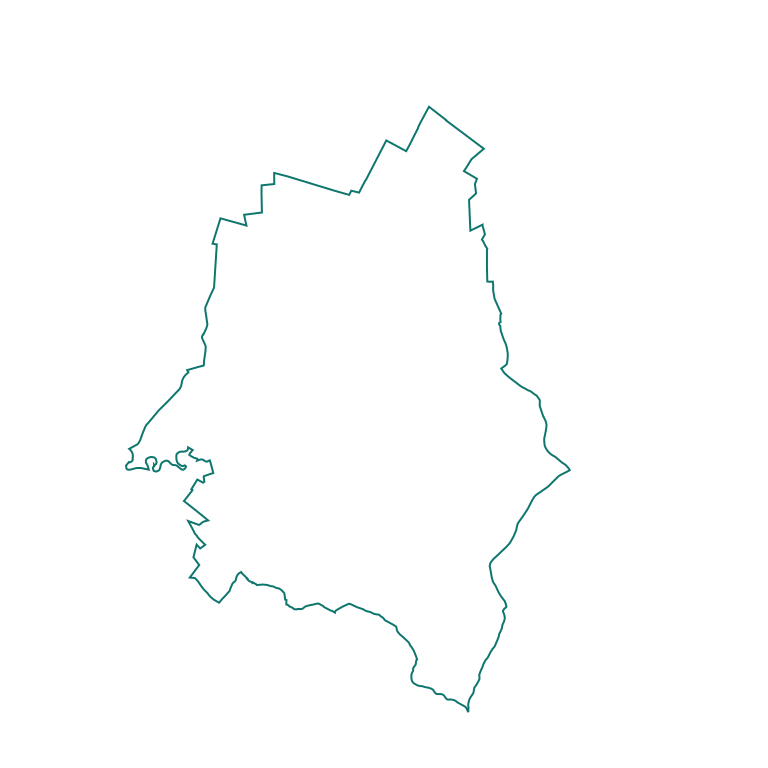 Ozun, Covasna, Romania, rotated 26°
{"feature_id": "2599482B7707207795869", "entity_name": "Ozun", "entity_type": "district", "adm_level": 2, "iso_a3": "ROU", "parent_name": "Romania", "parent_adm1": "Covasna", "projection": "orthographic", "projection_center": [25.876, 45.801], "detail": "fine", "context": "isolated", "style": "outline", "palette": "teal", "viewbox_px": 768, "rotation_deg": 26, "n_neighbors": 0, "source": "geoboundaries", "source_scale": "gbopen_adm2", "svg_char_len": 6153}
<svg xmlns="http://www.w3.org/2000/svg" viewBox="0 0 768 768"><g transform="rotate(26 384 384)"><path d="M603.6,642.0L601.5,637.2L600.6,636.1L599.9,634.3L599.1,630.6L599.0,629.0L599.1,627.5L599.8,622.6L598.3,617.2L598.8,614.7L599.2,609.5L599.1,607.5L599.0,606.9L597.1,603.7L596.7,599.9L596.5,594.4L596.2,592.2L596.3,587.6L597.2,584.5L597.3,578.4L597.7,574.7L598.5,571.4L598.4,569.0L598.0,561.4L597.1,558.0L597.2,556.4L597.1,552.4L596.0,548.2L596.0,545.2L595.6,542.7L595.0,541.1L594.4,540.1L592.5,537.9L591.0,536.7L590.4,535.8L590.4,534.7L590.7,533.1L591.7,531.0L591.6,530.6L591.4,530.1L590.7,529.3L589.7,528.0L588.5,527.1L588.0,526.4L581.8,523.3L577.9,520.7L572.8,516.5L568.9,514.2L565.7,510.7L560.0,502.8L559.0,501.7L558.3,499.6L558.1,497.7L559.1,493.1L560.4,490.0L565.3,477.0L566.6,472.7L566.9,470.8L567.3,463.8L566.9,457.5L565.5,451.9L565.5,449.9L566.7,442.8L567.7,435.5L568.0,432.5L568.1,424.0L568.5,419.5L569.5,416.7L575.9,405.4L577.0,403.0L578.0,399.8L581.3,390.4L582.6,388.3L587.6,381.7L588.7,380.0L587.6,379.2L585.2,378.1L582.4,377.1L577.5,376.4L569.9,374.4L567.3,374.3L565.0,374.0L563.0,373.5L560.0,372.3L557.1,370.4L555.8,369.3L554.6,367.7L552.6,364.3L551.9,362.7L550.0,355.3L548.4,350.4L547.8,349.2L546.0,346.9L542.4,344.0L541.1,343.1L534.4,336.3L533.4,335.2L531.6,331.1L530.8,330.0L528.9,328.9L525.9,327.4L524.0,327.3L520.7,326.6L518.4,326.3L515.6,326.5L513.7,326.3L509.2,326.2L507.2,325.9L493.7,323.2L487.6,321.5L482.6,318.7L485.2,313.7L485.6,312.1L485.1,310.2L483.4,305.6L481.6,301.9L477.8,296.7L475.3,294.1L472.2,291.6L465.8,285.2L463.9,282.4L463.2,281.0L461.8,280.3L461.2,279.8L460.8,279.1L460.8,278.5L461.6,277.2L460.3,275.0L458.6,271.4L458.3,270.5L458.5,269.4L446.0,258.9L441.4,252.5L439.9,249.8L439.0,247.5L437.8,245.8L437.0,244.3L433.4,246.1L431.9,246.6L425.2,233.6L417.7,218.2L417.6,217.2L414.3,215.2L410.5,212.2L408.7,211.3L409.1,205.2L403.0,198.3L402.7,197.6L394.4,208.3L379.7,181.2L383.2,172.4L378.1,164.5L377.6,158.8L362.5,157.6L363.2,152.8L364.1,143.6L370.6,128.8L324.3,119.9L324.3,119.6L302.9,115.1L302.2,132.2L302.1,137.6L302.5,139.3L302.4,140.0L302.2,156.9L301.9,165.0L279.3,164.1L278.3,208.4L278.0,209.5L277.8,215.9L277.7,222.9L269.9,224.6L269.8,229.3L253.4,232.2L206.8,239.6L193.4,242.3L192.8,242.5L197.7,252.4L186.9,259.1L190.4,266.5L199.1,283.4L184.1,293.2L187.2,297.3L190.9,301.9L164.4,306.8L168.4,333.0L170.9,332.4L172.5,331.8L189.0,371.9L189.1,379.9L189.8,393.3L190.2,394.5L191.4,396.6L193.8,399.9L193.9,400.1L199.0,407.7L199.5,409.1L199.9,412.3L200.0,418.7L199.6,418.8L199.6,421.2L200.5,422.6L206.2,427.3L207.6,428.9L209.2,433.0L212.3,442.6L213.9,446.4L210.4,449.4L209.4,450.2L208.7,450.9L201.0,457.8L203.1,459.2L201.6,463.0L201.0,466.0L201.1,469.3L202.6,474.9L202.5,478.0L197.5,493.9L193.1,506.5L189.1,522.7L188.4,524.7L188.2,526.7L188.6,533.5L189.5,541.8L189.2,545.0L189.0,546.0L188.3,547.1L183.4,554.0L185.1,554.5L187.0,555.5L188.8,557.0L190.1,559.4L190.8,561.4L191.3,561.9L191.4,563.0L191.2,564.2L189.9,565.9L189.0,565.9L187.9,570.5L189.6,572.9L190.3,573.2L191.8,573.2L193.7,572.0L198.4,568.0L202.2,566.1L210.1,564.1L207.1,560.8L204.3,558.8L203.7,557.4L203.4,555.5L204.3,553.9L206.4,551.8L208.8,550.9L210.3,550.8L211.6,551.3L212.7,552.4L213.9,554.0L214.2,555.7L214.2,556.0L213.5,557.5L213.1,557.5L212.7,557.3L213.5,558.7L213.1,558.9L213.0,560.2L213.3,561.2L215.1,563.0L216.6,562.9L217.6,562.6L219.6,560.3L219.7,559.7L219.5,557.1L218.7,554.3L218.8,552.6L219.4,551.1L220.7,549.4L221.7,548.4L223.0,548.0L224.1,547.9L227.8,549.2L228.8,549.4L229.7,549.3L232.5,548.3L233.7,548.2L238.0,549.3L239.6,549.5L240.5,549.3L241.3,548.9L241.8,548.1L242.2,547.1L242.4,546.0L242.2,545.1L241.4,544.5L240.6,544.5L239.8,545.5L238.5,546.2L237.3,546.3L235.7,546.1L233.4,545.5L231.6,544.2L230.1,542.1L229.0,539.9L228.4,538.3L228.5,537.4L229.6,535.2L230.6,534.2L231.7,533.4L233.6,532.7L235.6,531.0L236.1,530.2L236.4,529.3L236.2,528.1L235.7,526.8L241.0,527.2L239.9,531.8L240.0,533.0L241.9,533.4L245.6,533.6L248.8,533.0L249.4,533.5L249.6,534.9L251.4,532.9L252.9,531.8L254.8,531.4L257.4,531.8L258.7,531.6L260.9,529.0L263.7,532.0L269.6,538.9L266.3,542.0L262.5,545.9L262.6,546.4L265.4,550.7L264.5,552.0L258.1,551.7L257.0,563.1L258.4,563.4L255.5,576.9L270.8,580.2L285.7,583.7L282.8,586.2L281.8,587.3L281.3,588.2L280.0,591.1L279.4,591.8L268.1,593.0L274.8,597.7L279.5,601.3L281.5,602.1L284.0,603.5L285.7,604.2L293.8,606.9L290.9,612.4L286.0,610.5L288.7,623.3L297.3,627.7L294.3,643.1L299.2,641.3L303.5,643.0L309.1,646.2L312.7,647.9L316.7,649.2L319.2,650.5L321.4,651.4L325.3,652.4L331.6,652.9L332.9,647.9L333.7,645.5L335.8,638.2L335.9,637.5L335.6,635.5L335.3,630.1L335.5,628.9L336.6,626.7L336.7,625.1L336.0,622.2L336.0,620.2L336.1,619.2L336.5,618.1L338.0,615.6L339.5,616.5L346.4,618.7L346.2,619.1L348.9,620.2L350.6,620.2L352.7,619.8L353.1,620.6L354.1,619.9L355.3,619.9L355.7,620.1L356.6,620.0L357.9,620.4L363.1,617.3L365.7,616.4L366.7,615.9L370.9,615.3L373.2,614.5L376.9,614.5L378.9,613.8L381.8,614.1L385.3,615.3L386.1,615.8L387.0,617.0L389.7,621.1L391.0,620.9L392.8,624.9L393.1,624.8L395.4,624.8L396.4,625.4L398.6,625.2L400.2,625.3L401.6,625.8L404.1,625.0L404.9,624.1L408.6,622.4L409.3,621.6L410.8,618.6L411.4,617.8L414.6,615.1L417.3,613.1L419.6,611.1L420.7,610.4L421.6,610.0L426.8,610.3L427.9,610.8L429.4,610.8L435.7,611.0L436.6,610.7L440.1,611.0L439.7,609.9L440.1,608.7L441.4,606.6L444.5,602.1L448.8,596.9L450.3,596.5L457.7,596.4L464.1,595.6L466.1,595.9L469.1,595.6L471.3,595.0L472.5,594.9L473.7,595.0L476.3,594.9L480.9,593.5L483.2,594.3L484.9,594.4L486.2,594.8L488.4,595.9L497.6,596.3L500.6,596.6L501.5,596.9L502.9,598.8L504.6,600.6L508.0,602.1L512.1,603.1L519.4,605.4L520.6,606.1L521.7,607.2L524.8,608.8L527.3,610.4L529.2,612.0L532.6,615.1L534.5,617.1L534.2,617.4L534.4,619.2L535.4,622.0L535.4,623.2L535.1,623.8L534.8,626.7L535.9,629.0L535.8,631.3L536.2,633.7L537.9,636.9L539.2,638.5L541.1,639.7L542.7,640.0L546.3,640.2L548.8,639.7L550.6,638.9L554.0,638.4L557.3,637.4L560.4,637.1L562.1,637.3L565.1,639.1L567.0,639.6L567.7,639.4L571.4,637.6L573.2,637.4L574.7,637.8L577.6,639.4L578.9,639.8L580.1,639.5L582.2,638.3L585.3,637.4L587.7,637.5L589.8,638.0L597.9,638.4L599.4,638.7L603.6,642.0Z" fill="none" stroke="#0f766e" stroke-width="2"/></g></svg>